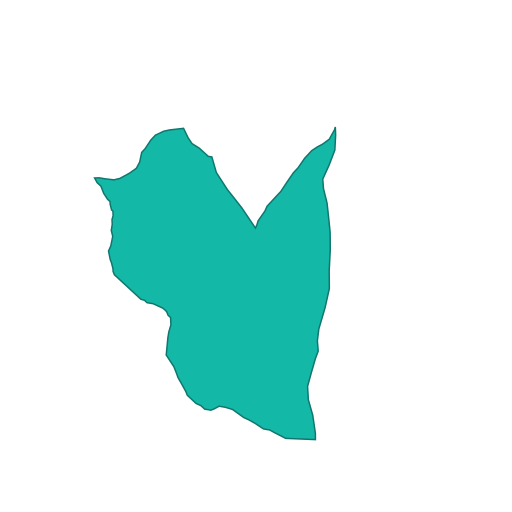 Bani Swayf, Bani Suwayf, Egypt, rotated 314°
{"feature_id": "37247803B61298803193986", "entity_name": "Bani Swayf", "entity_type": "district", "adm_level": 2, "iso_a3": "EGY", "parent_name": "Egypt", "parent_adm1": "Bani Suwayf", "projection": "albers", "projection_center": [31.094, 29.077], "detail": "fine", "context": "isolated", "style": "filled", "palette": "teal", "viewbox_px": 512, "rotation_deg": 314, "n_neighbors": 0, "source": "geoboundaries", "source_scale": "gbopen_adm2", "svg_char_len": 1976}
<svg xmlns="http://www.w3.org/2000/svg" viewBox="0 0 512 512"><g transform="rotate(314 256 256)"><path d="M403.9,223.4L401.4,224.8L399.9,225.2L390.9,227.6L382.4,226.1L377.3,224.4L370.5,222.9L360.3,223.1L348.5,225.0L341.8,225.1L329.9,227.1L319.8,229.0L313.1,229.1L299.5,229.4L294.5,231.2L282.7,233.1L279.3,234.9L276.8,235.8L276.3,236.0L275.7,236.2L280.8,212.2L282.9,196.9L283.6,191.5L283.9,189.3L288.5,169.5L296.6,155.4L294.5,152.4L294.2,140.4L292.4,131.9L293.9,125.0L297.5,115.2L286.7,106.3L281.6,102.9L273.1,99.7L266.3,99.8L256.2,101.7L251.1,101.8L246.4,104.8L242.7,107.1L236.0,109.0L227.5,107.4L222.4,105.8L217.3,104.2L212.1,100.9L206.9,94.1L203.4,89.0L200.0,85.7L198.4,90.8L198.5,96.0L195.3,102.9L193.7,109.8L193.8,113.2L192.1,114.9L188.8,120.1L188.9,121.9L186.3,124.6L185.9,125.0L185.6,125.3L182.2,127.1L178.9,130.6L173.9,134.1L170.6,139.3L162.3,144.6L157.2,146.4L152.3,153.4L150.7,156.8L147.4,162.1L145.7,163.8L144.9,165.5L144.1,167.3L144.2,169.0L144.3,175.8L144.5,182.7L144.6,189.5L144.8,196.4L144.9,203.2L146.7,206.6L146.7,210.0L148.6,212.8L150.2,215.1L152.0,220.2L153.8,225.3L153.9,227.0L153.9,230.4L152.3,233.9L152.3,234.1L152.3,234.4L152.4,237.3L150.7,239.1L147.4,242.6L140.7,246.1L135.7,249.6L129.1,254.9L122.4,260.2L119.3,273.9L116.1,280.9L114.4,284.3L113.4,287.6L112.9,289.5L111.3,294.7L109.7,299.8L108.1,303.3L108.3,315.3L110.1,320.4L110.2,325.5L112.6,328.9L113.7,330.6L117.2,332.2L122.3,333.8L125.8,338.9L129.0,345.1L129.1,345.4L129.3,345.7L131.3,359.4L133.1,364.5L134.9,371.3L136.8,381.5L140.3,386.6L142.2,393.4L145.4,404.0L165.2,426.3L169.7,421.9L180.9,407.4L188.9,393.6L198.0,383.7L209.3,377.5L223.3,370.1L230.8,366.8L237.7,359.0L247.4,351.7L247.9,351.5L248.3,351.3L266.8,341.6L283.5,331.4L287.7,327.3L295.9,319.2L312.3,304.9L324.4,293.0L324.5,292.8L324.7,292.7L335.9,279.4L343.3,270.5L345.6,267.0L345.6,266.9L351.3,257.8L357.7,250.6L372.3,245.4L386.9,239.2L398.4,229.2L401.3,226.2L403.9,223.4Z" fill="#14b8a6" stroke="#0f766e" stroke-width="1.5"/></g></svg>